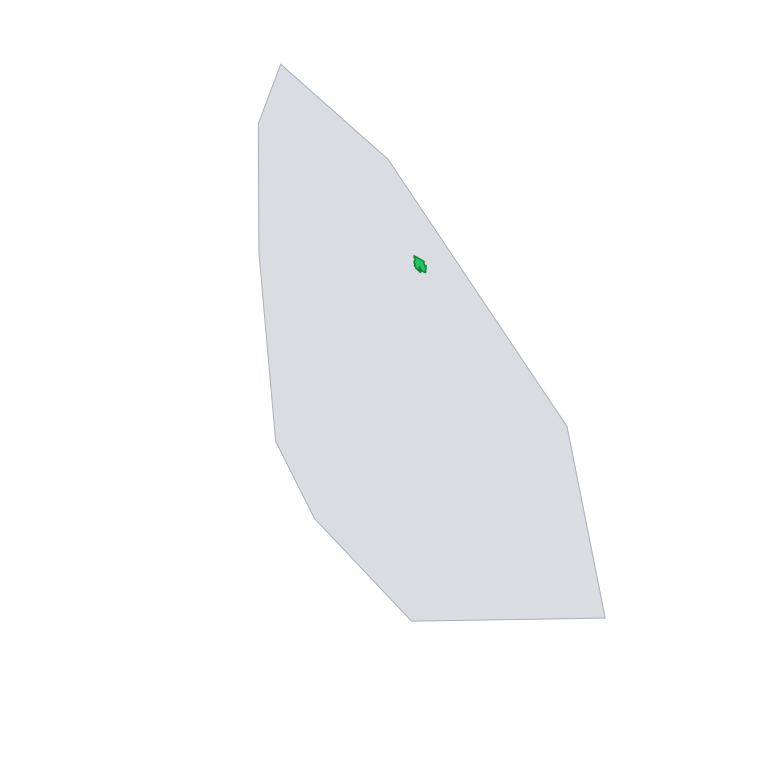 Despinoze, Dennery, Saint Lucia shown in context, rotated 324°
{"feature_id": "8701671B1025448555952", "entity_name": "Despinoze", "entity_type": "district", "adm_level": 2, "iso_a3": "LCA", "parent_name": "Saint Lucia", "parent_adm1": "Dennery", "projection": "natural_earth1", "projection_center": [-60.912, 13.95], "detail": "fine", "context": "in_parent", "style": "filled", "palette": "green", "viewbox_px": 768, "rotation_deg": 324, "n_neighbors": 0, "source": "geoboundaries", "source_scale": "gbopen_adm2", "svg_char_len": 2883}
<svg xmlns="http://www.w3.org/2000/svg" viewBox="0 0 768 768"><g transform="rotate(324 384 384)"><path d="M507.1,525.9L425.4,703.4L266.8,592.0L248.7,451.8L262.6,366.8L359.7,204.7L435.4,99.5L488.4,64.6L519.3,204.4L507.1,525.9Z" fill="#d9dde1" stroke="#a8b0b8" stroke-width="1"/><path d="M479.1,315.1L479.3,315.0L479.5,314.8L479.6,314.7L479.8,314.6L479.9,314.4L480.1,314.2L480.2,313.9L480.2,313.7L480.1,313.4L480.0,313.0L480.0,312.7L479.9,312.4L479.9,312.1L479.9,311.9L479.9,311.6L480.0,311.4L480.3,311.5L480.3,311.8L480.4,312.0L480.5,312.1L480.8,312.2L480.9,311.8L481.0,311.7L481.0,311.4L481.0,311.1L481.0,310.8L481.0,310.7L481.2,310.4L481.3,310.2L481.5,310.2L481.4,310.3L481.4,310.6L481.4,310.8L481.5,311.2L481.5,311.3L481.6,311.5L481.7,311.9L481.7,312.0L481.7,312.3L481.6,312.5L481.4,312.8L481.1,312.9L480.9,313.0L480.8,313.3L480.8,313.5L480.9,313.9L480.9,314.0L481.0,314.4L481.0,314.5L481.3,314.7L481.3,314.9L481.4,315.0L481.5,315.2L481.5,315.3L481.6,315.5L481.6,315.8L481.7,316.0L481.8,316.1L481.9,316.3L482.0,316.5L482.1,316.8L482.2,317.0L482.2,317.3L482.4,317.5L482.6,317.5L482.8,317.5L483.1,317.5L483.3,317.6L483.5,317.8L483.5,318.0L483.7,317.9L483.7,317.7L483.7,317.4L483.7,317.2L483.8,317.2L483.8,316.9L483.9,316.7L484.1,316.7L484.3,316.6L484.5,316.5L484.5,316.4L484.8,316.2L485.0,316.0L485.1,315.9L485.2,315.7L485.3,315.6L485.5,315.6L485.8,315.4L486.0,315.3L486.1,315.2L486.2,314.9L486.2,314.7L486.3,314.5L486.3,314.4L486.4,314.2L486.5,314.2L486.7,313.9L486.8,313.8L487.0,313.7L487.3,313.5L487.4,313.4L487.4,313.2L487.4,312.9L486.5,312.6L486.6,312.4L486.7,312.2L486.8,312.1L486.9,311.9L486.8,311.7L486.8,311.4L486.8,311.2L486.8,310.9L486.9,310.7L487.0,310.5L487.0,310.4L487.1,310.2L487.3,310.1L487.4,309.9L487.4,309.6L487.5,309.5L487.5,309.4L487.6,309.2L487.8,308.7L488.0,308.5L488.0,308.4L488.1,308.2L488.3,308.2L483.8,298.1L483.5,298.4L483.3,298.5L483.2,298.6L483.1,298.8L482.9,299.2L482.7,299.6L482.7,299.8L482.8,300.0L482.9,300.3L482.9,300.7L482.8,301.0L482.7,301.2L482.6,301.6L482.5,301.9L482.4,302.0L482.1,302.1L481.9,302.1L481.4,302.1L481.1,302.2L480.7,302.3L480.6,302.5L480.4,302.7L480.3,302.8L480.1,303.1L480.0,303.5L479.9,303.5L479.7,303.6L479.6,303.8L479.4,304.0L479.5,304.3L479.5,304.5L479.7,304.9L479.7,305.0L479.5,305.3L479.3,305.4L479.2,305.4L479.0,305.5L478.8,305.6L478.6,305.7L478.5,305.8L478.3,306.0L478.2,306.1L478.1,306.5L478.1,306.8L478.3,307.0L478.5,307.1L478.6,307.5L478.5,307.8L478.5,308.0L478.5,308.3L478.4,308.5L478.2,308.8L477.9,308.8L477.8,309.0L477.8,309.3L478.0,309.4L478.0,309.5L478.0,309.8L478.2,310.0L478.3,310.2L478.3,310.3L478.3,310.6L478.4,310.9L478.4,311.0L478.5,311.5L478.4,311.7L478.4,311.8L478.4,312.0L478.4,312.4L478.5,312.4L478.5,312.5L478.7,312.8L478.8,313.0L478.9,313.4L478.9,313.6L478.9,313.9L478.9,314.1L478.8,314.3L478.8,314.5L479.0,314.9L479.0,315.0L479.1,315.1Z" fill="#22c55e" stroke="#15803d" stroke-width="1.5"/></g></svg>